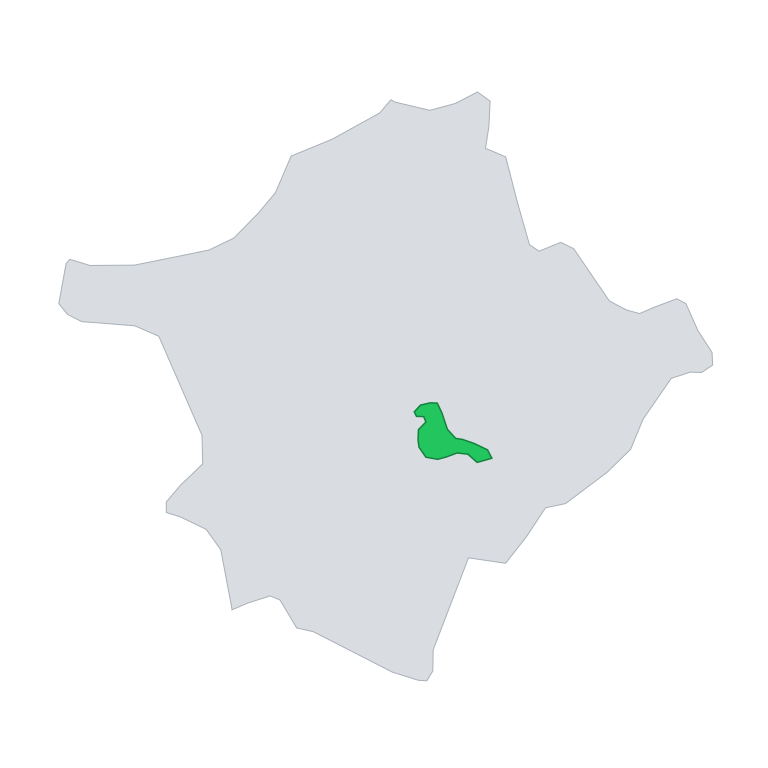 Obilić highlighted on a map of Kosovo, rotated 92°
{"feature_id": "KOS-5900", "entity_name": "Obilić", "entity_type": "District", "adm_level": 1, "iso_a3": "XKX", "parent_name": "Kosovo", "parent_adm1": "", "projection": "orthographic", "projection_center": [21.04, 42.71], "detail": "fine", "context": "in_parent", "style": "filled", "palette": "green", "viewbox_px": 768, "rotation_deg": 92, "n_neighbors": 0, "source": "natural_earth", "source_scale": "10m", "svg_char_len": 1385}
<svg xmlns="http://www.w3.org/2000/svg" viewBox="0 0 768 768"><g transform="rotate(92 384 384)"><path d="M197.1,257.2L239.7,243.5L245.9,233.7L236.3,212.4L242.1,199.2L293.1,161.7L301.5,144.6L304.7,131.1L298.0,116.9L288.6,94.4L293.2,85.0L319.6,72.2L340.9,57.3L353.6,56.2L361.4,67.0L361.4,78.2L368.3,97.1L384.1,107.2L410.2,123.9L440.6,135.2L464.4,157.9L497.1,198.3L502.1,218.3L531.5,236.2L558.9,256.2L554.8,293.5L648.0,325.6L669.1,325.2L679.1,330.8L678.9,339.3L671.7,365.5L634.0,446.0L630.9,462.7L603.5,480.4L599.8,490.4L607.7,512.6L615.0,528.1L614.5,528.0L555.4,541.3L535.5,556.6L523.8,583.2L520.1,597.0L509.6,597.5L492.2,583.8L470.2,562.4L441.6,564.1L344.2,610.7L334.5,635.2L332.2,688.4L325.5,702.7L315.0,711.8L274.7,705.9L270.4,702.3L275.8,682.0L273.9,637.4L256.2,563.5L243.4,539.2L217.0,515.0L196.4,499.1L159.4,484.7L141.0,444.0L113.2,397.7L99.7,387.0L102.0,382.4L108.9,347.8L101.1,322.4L88.9,300.8L97.6,287.8L123.5,288.2L144.9,290.8L152.8,270.3L197.1,257.2Z" fill="#d9dde1" stroke="#a8b0b8" stroke-width="1"/><path d="M454.4,273.6L456.5,279.9L459.1,288.2L451.2,297.8L450.4,308.6L454.8,319.3L457.4,327.7L455.7,339.6L446.0,346.8L439.0,348.0L428.4,348.0L420.5,340.8L415.2,343.2L415.2,350.4L410.8,352.8L403.8,346.8L401.2,337.2L401.2,330.1L411.1,325.0L427.0,319.1L435.9,310.5L436.6,303.7L440.4,291.5L446.2,278.2L454.4,273.6Z" fill="#22c55e" stroke="#15803d" stroke-width="1.5"/></g></svg>